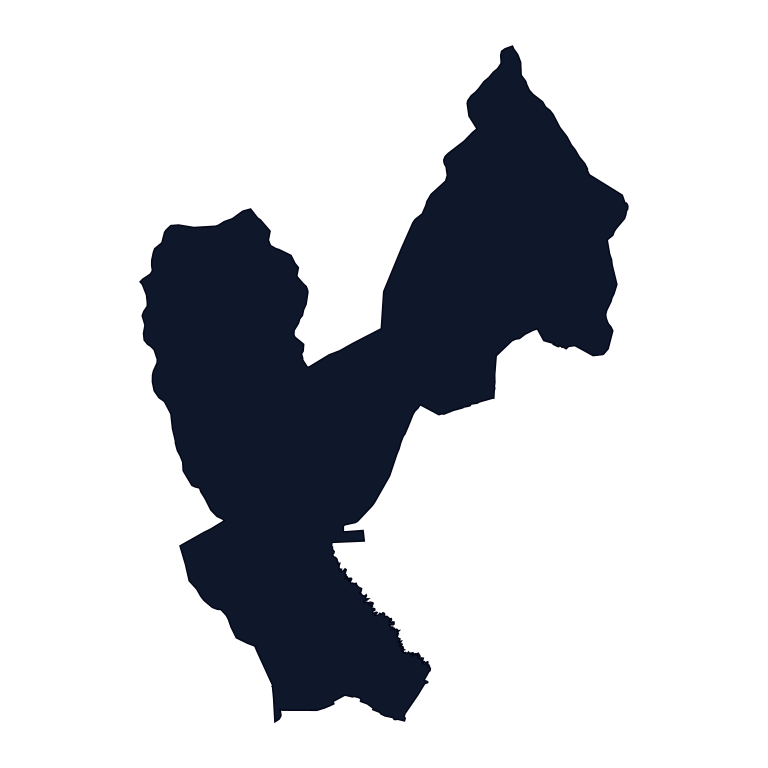 the district of Brestovat, Arad, Romania
{"feature_id": "2599482B51374026190255", "entity_name": "Brestovat", "entity_type": "district", "adm_level": 2, "iso_a3": "ROU", "parent_name": "Romania", "parent_adm1": "Arad", "projection": "equal_earth", "projection_center": [21.692, 45.902], "detail": "fine", "context": "isolated", "style": "filled", "palette": "ink", "viewbox_px": 768, "rotation_deg": 0, "n_neighbors": 0, "source": "geoboundaries", "source_scale": "gbopen_adm2", "svg_char_len": 6111}
<svg xmlns="http://www.w3.org/2000/svg" viewBox="0 0 768 768"><path d="M372.8,709.6L379.9,712.4L380.7,713.8L384.9,715.9L393.1,717.6L393.9,719.1L394.7,719.6L397.9,719.3L404.5,720.9L405.2,718.4L404.1,716.2L405.1,713.5L417.9,694.8L424.1,684.6L425.0,683.5L427.7,682.6L427.8,682.1L427.1,681.4L424.0,680.3L429.0,671.4L430.0,670.8L430.4,668.6L429.5,666.8L428.0,666.7L429.1,665.3L427.5,664.2L428.0,662.6L427.7,661.7L425.4,662.6L426.1,663.8L425.8,664.1L422.5,663.6L422.4,663.1L424.3,662.2L424.3,661.6L422.2,661.4L421.4,660.4L422.8,660.0L423.3,658.2L421.3,657.9L419.9,659.0L418.9,658.5L418.3,657.6L419.6,657.3L420.1,656.3L418.3,653.2L417.2,653.6L417.3,655.6L416.8,655.5L416.1,653.9L415.0,653.7L414.2,655.4L412.6,655.9L413.5,654.2L413.1,652.8L412.5,652.8L412.3,654.0L411.0,654.9L410.8,654.6L411.4,653.3L411.0,653.0L409.7,653.6L408.5,652.0L407.2,653.6L405.5,652.4L403.9,653.1L403.3,651.7L401.6,651.1L404.3,649.8L401.6,648.7L403.3,648.1L403.0,646.9L399.7,646.4L399.8,645.6L401.5,645.5L402.1,644.7L401.8,643.8L400.9,644.2L399.7,643.5L401.4,641.1L398.3,641.5L399.9,639.3L399.9,638.7L397.7,638.0L397.6,637.2L396.9,636.6L397.7,635.4L396.4,634.5L398.4,633.9L397.8,631.9L399.1,630.6L397.2,630.8L397.3,629.6L396.7,629.2L394.2,630.1L393.9,629.8L394.4,629.7L394.5,628.5L393.9,628.1L392.7,629.3L391.5,629.1L392.3,628.5L392.6,627.1L390.4,627.0L389.8,625.6L389.0,625.2L389.3,624.4L390.4,624.9L393.5,624.7L394.0,624.1L394.1,622.1L392.8,621.8L392.3,622.6L389.4,621.8L389.4,621.3L390.9,621.2L391.5,619.8L391.3,618.6L389.6,618.8L387.1,616.4L384.3,616.7L384.7,614.6L384.3,613.4L383.6,612.9L382.7,612.9L381.6,614.4L379.9,613.3L378.4,615.1L374.6,615.5L377.2,612.6L376.5,612.2L372.8,613.5L372.7,610.8L374.6,610.4L374.9,609.1L373.9,608.4L371.9,608.4L371.6,607.4L372.3,606.4L370.3,605.8L372.6,604.8L373.1,603.6L372.8,602.7L370.1,602.1L369.7,603.5L369.0,603.9L368.8,602.8L367.9,602.4L364.2,602.3L364.3,601.0L366.4,600.5L368.5,598.8L365.9,598.9L365.6,597.3L366.5,595.7L366.2,594.8L364.3,596.2L362.2,595.2L361.0,593.6L359.6,593.1L359.6,592.6L360.9,592.0L361.6,588.6L358.5,587.2L356.7,585.1L356.2,583.3L354.2,583.7L352.5,583.1L351.2,583.7L350.3,581.7L351.7,578.9L351.2,578.2L350.4,578.2L349.5,580.2L348.7,580.8L348.2,580.0L349.4,578.8L349.1,578.3L345.5,578.5L347.3,577.1L347.0,576.6L345.2,576.1L346.2,575.0L344.8,573.5L345.6,572.1L345.3,570.8L346.1,570.5L346.2,569.7L345.1,568.8L343.2,571.1L340.4,571.3L341.5,569.3L339.0,568.8L339.1,565.7L339.8,563.3L337.7,563.6L338.0,562.0L337.2,560.9L337.0,559.1L335.5,557.5L333.4,556.6L332.8,554.9L332.8,554.1L333.8,553.2L334.2,551.5L332.5,549.5L332.5,547.0L331.6,546.1L331.9,542.4L364.3,541.0L363.1,530.5L343.9,531.9L343.4,531.2L343.3,526.1L344.9,524.8L355.4,522.5L357.6,521.2L372.2,505.7L374.6,502.3L389.6,475.9L396.8,454.3L399.1,448.7L400.8,442.5L403.3,436.2L404.8,434.2L407.8,427.3L413.1,414.1L414.8,411.3L418.1,407.9L420.2,404.7L438.9,414.7L441.4,413.9L444.0,414.1L453.0,410.5L462.8,407.8L463.1,407.2L468.5,406.2L470.4,405.5L470.2,404.5L471.6,404.0L477.2,403.2L479.4,401.9L493.2,398.0L493.8,398.2L494.2,390.8L494.8,388.4L494.4,386.4L494.9,382.4L494.7,375.1L496.2,355.8L511.9,340.8L515.6,339.1L519.5,338.5L525.1,334.2L533.1,330.2L537.3,328.8L543.8,340.6L554.3,343.6L554.6,343.9L553.6,344.5L558.0,346.6L558.7,346.6L558.6,345.7L559.1,345.6L561.4,346.5L562.0,347.3L563.2,347.0L566.1,348.8L568.6,346.4L574.9,345.6L593.1,355.6L602.8,354.5L603.6,354.1L608.1,348.9L612.8,330.8L610.7,326.5L608.6,324.2L607.5,322.0L606.0,317.6L605.7,314.4L606.7,310.3L611.1,301.3L611.9,297.9L613.9,294.0L616.9,284.5L612.2,265.2L611.5,259.5L609.6,254.0L607.3,240.4L607.7,239.4L612.8,235.3L614.3,231.4L616.1,228.6L624.5,218.6L625.7,215.3L626.7,210.3L627.6,209.4L627.9,206.2L627.4,204.7L626.3,203.0L625.1,203.3L622.3,195.2L589.4,174.8L587.5,170.9L587.4,168.8L584.8,163.6L579.3,157.0L575.2,149.9L571.4,145.1L567.0,136.8L559.8,127.4L553.0,114.3L550.0,110.5L545.6,107.0L542.6,101.8L533.0,94.4L529.3,90.2L526.8,84.8L525.8,81.5L521.2,75.2L520.6,62.2L517.8,54.7L513.6,48.8L512.5,46.1L505.0,48.8L501.6,51.3L500.7,55.4L501.2,62.5L500.9,63.8L497.5,68.8L493.5,72.0L488.9,77.5L483.9,81.7L478.7,88.7L475.5,92.2L471.1,95.8L467.8,100.6L467.2,103.4L469.0,116.1L477.0,128.8L472.7,132.3L464.1,141.2L448.3,153.3L445.1,156.5L443.8,159.8L443.8,161.4L444.5,164.1L446.1,166.8L447.3,175.4L445.6,181.1L431.1,194.3L426.9,201.5L425.9,205.4L422.2,213.9L415.2,219.4L413.0,222.5L401.7,247.9L383.7,291.6L381.3,328.7L353.4,343.1L339.7,350.8L329.2,354.8L309.1,367.0L307.4,367.2L302.8,360.1L302.6,357.6L301.6,354.5L301.7,353.6L303.2,351.0L303.7,344.3L295.1,337.3L293.9,335.1L294.1,330.4L298.4,323.4L299.8,318.7L302.4,315.5L303.6,309.8L306.1,304.2L307.9,292.1L307.4,289.5L306.2,286.5L303.3,283.8L297.2,276.8L296.9,275.6L298.4,267.6L295.0,263.4L291.0,255.4L278.9,249.5L276.1,248.7L271.1,245.9L270.1,244.8L268.4,240.0L270.1,231.1L260.4,219.9L257.5,217.9L250.6,209.0L242.7,211.2L232.4,218.7L224.1,221.7L218.5,225.2L215.8,226.2L193.9,227.5L178.6,225.0L170.8,225.6L166.1,230.1L164.6,232.3L161.9,242.8L154.7,248.7L153.4,252.3L151.7,260.4L151.7,265.9L152.4,270.1L151.7,272.1L150.2,274.2L142.8,279.1L140.1,281.8L142.4,284.5L145.8,293.1L146.5,295.1L147.3,302.5L147.3,306.2L143.8,311.4L142.2,315.8L145.0,325.1L143.5,333.5L144.2,340.1L147.6,344.3L150.6,346.2L154.1,349.7L157.3,359.3L157.1,362.9L153.4,371.1L152.5,375.3L152.4,381.9L154.2,390.8L158.9,397.6L164.4,401.5L170.9,413.9L172.5,428.8L175.4,441.0L175.4,443.1L177.4,450.6L180.1,455.6L182.7,462.1L183.2,470.8L191.9,485.4L195.1,486.9L199.6,488.0L200.9,491.9L204.9,498.2L210.9,510.1L217.0,516.4L222.5,519.0L224.5,520.7L209.9,529.5L203.9,532.4L180.0,545.9L185.5,564.5L189.2,580.8L196.8,589.2L200.7,596.1L203.9,600.3L212.3,607.4L217.1,609.2L221.0,609.6L226.3,615.4L228.4,619.3L231.0,626.9L236.3,637.8L247.6,643.3L255.7,646.4L255.1,646.7L256.9,651.0L272.7,685.5L272.1,686.4L272.5,686.7L273.6,698.2L274.9,721.9L279.1,719.1L280.4,717.0L281.0,715.3L280.1,709.5L282.4,710.2L317.0,710.3L325.0,707.8L332.8,704.4L333.9,703.8L333.0,701.7L333.4,701.3L344.9,695.1L352.5,696.9L354.3,696.4L359.4,697.8L361.2,699.3L360.4,701.1L360.8,701.5L367.2,703.8L372.7,707.8L373.3,708.8L372.8,709.6Z" fill="#0f172a" stroke="#020617" stroke-width="1.5"/></svg>